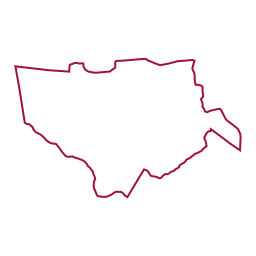 Bela Cruz, Ceará, Brazil (Albers equal-area conic projection)
{"feature_id": "56859067B81960756923809", "entity_name": "Bela Cruz", "entity_type": "district", "adm_level": 2, "iso_a3": "BRA", "parent_name": "Brazil", "parent_adm1": "Ceará", "projection": "albers", "projection_center": [-40.267, -3.072], "detail": "fine", "context": "isolated", "style": "outline", "palette": "rose", "viewbox_px": 256, "rotation_deg": 0, "n_neighbors": 0, "source": "geoboundaries", "source_scale": "gbopen_adm2", "svg_char_len": 2669}
<svg xmlns="http://www.w3.org/2000/svg" viewBox="0 0 256 256"><path d="M194.5,60.7L192.4,60.0L189.2,60.2L187.2,60.5L182.5,60.8L179.5,61.1L177.2,61.3L174.3,62.1L167.6,63.8L159.9,65.2L158.2,64.5L155.0,63.3L147.9,60.4L146.3,59.2L143.5,58.9L141.8,59.1L138.2,59.3L135.0,59.6L131.1,60.0L128.2,60.2L120.6,60.8L117.9,60.8L115.8,61.2L115.1,62.7L115.3,67.5L109.9,71.5L107.0,71.8L97.9,72.6L94.5,72.7L88.4,71.6L86.2,70.3L85.0,69.4L83.5,66.4L83.3,63.5L81.1,63.4L78.8,63.5L76.7,62.9L74.7,63.0L72.7,63.8L69.8,64.8L69.5,67.2L69.3,69.3L69.3,71.6L48.5,70.2L39.5,69.1L32.3,68.3L15.4,66.3L19.0,86.4L24.8,122.8L26.9,124.0L29.5,124.4L31.1,125.9L32.8,127.5L33.5,129.7L34.9,131.2L36.3,132.5L38.2,133.3L41.1,134.9L43.6,137.2L45.5,139.4L47.3,141.0L49.1,142.3L50.9,143.1L52.8,143.6L54.9,143.7L56.3,144.2L57.6,145.9L59.7,148.5L61.1,150.6L62.3,152.2L63.6,153.7L64.6,155.0L65.7,156.1L67.3,156.7L69.4,156.8L72.3,156.4L74.1,157.0L75.6,158.0L77.7,158.3L79.5,159.2L81.4,159.6L83.9,161.0L85.9,162.9L87.1,164.3L87.7,165.8L89.0,167.0L90.1,167.9L91.6,170.1L93.0,171.9L93.4,174.1L94.6,176.6L95.2,179.2L94.4,180.5L93.9,182.5L93.7,184.9L93.7,186.9L94.1,188.7L95.0,190.3L95.7,192.0L96.6,194.4L97.3,195.7L99.2,196.5L101.5,196.6L104.0,196.9L106.6,196.7L108.5,196.0L110.2,195.1L111.9,194.4L113.4,193.2L115.6,191.8L117.5,191.8L119.5,191.9L121.3,192.1L122.6,192.8L123.9,194.3L125.4,195.9L127.4,197.1L144.0,169.4L145.8,170.1L147.6,170.9L149.0,172.8L149.7,174.4L151.1,175.8L153.1,176.4L154.9,176.5L157.3,177.2L159.5,178.3L161.4,177.7L162.3,176.3L163.6,175.3L165.3,174.0L167.5,174.2L169.4,173.2L171.1,171.7L173.8,171.0L175.5,169.2L177.3,168.3L179.0,167.2L179.5,165.6L181.2,164.2L183.6,163.0L185.2,161.6L186.7,159.4L188.7,158.7L190.3,157.8L191.3,156.7L193.1,155.5L195.4,153.6L197.6,152.9L200.0,151.6L201.7,150.7L203.3,148.8L204.6,147.6L206.5,146.3L206.4,144.7L205.9,142.6L205.1,140.0L204.2,137.4L205.5,135.4L206.5,133.2L208.3,131.5L210.6,131.1L210.8,129.1L220.6,136.3L229.8,143.3L240.0,150.3L240.1,148.6L240.2,146.9L240.3,144.6L240.4,142.0L240.5,139.5L240.6,136.6L240.2,133.9L239.2,131.5L238.0,129.2L236.6,127.8L235.1,126.6L233.9,125.7L232.7,124.7L231.2,123.6L229.2,122.1L227.5,120.8L226.1,119.5L225.1,118.1L224.4,116.6L223.5,114.7L222.5,112.7L221.5,110.9L220.5,109.1L218.0,109.0L214.9,109.7L213.5,110.0L210.0,110.9L207.0,112.2L205.1,111.5L204.4,109.9L203.7,108.3L202.4,106.7L202.7,104.9L202.3,102.7L201.5,100.6L201.0,99.1L202.1,97.8L203.1,96.6L203.2,94.4L202.6,92.1L202.5,89.5L202.7,87.2L201.4,85.6L199.3,85.1L197.8,84.7L195.8,84.9L194.9,82.0L194.8,79.5L194.6,77.9L194.7,76.2L194.5,74.0L194.0,72.3L192.9,70.3L192.4,68.7L192.8,66.5L193.5,64.0L193.9,62.4L194.5,60.7Z" fill="none" stroke="#9f1239" stroke-width="2"/></svg>